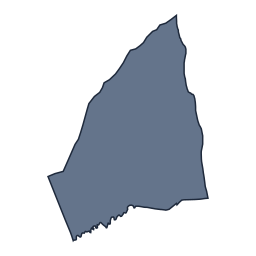 outline of Barh-Sara, Mandoul, Chad
{"feature_id": "50815135B19223233714044", "entity_name": "Barh-Sara", "entity_type": "district", "adm_level": 2, "iso_a3": "TCD", "parent_name": "Chad", "parent_adm1": "Mandoul", "projection": "equal_earth", "projection_center": [17.726, 8.38], "detail": "fine", "context": "isolated", "style": "filled", "palette": "slate", "viewbox_px": 256, "rotation_deg": 0, "n_neighbors": 0, "source": "geoboundaries", "source_scale": "gbopen_adm2", "svg_char_len": 3556}
<svg xmlns="http://www.w3.org/2000/svg" viewBox="0 0 256 256"><path d="M48.0,176.5L61.0,209.2L65.2,219.7L70.5,232.5L71.1,234.2L71.7,235.8L73.2,240.6L73.4,240.3L74.5,240.1L75.9,239.9L76.4,239.1L76.3,237.6L76.3,237.3L76.4,236.4L76.5,236.3L77.0,235.6L77.4,235.5L77.9,235.4L78.9,236.2L79.8,236.9L80.4,237.0L80.5,237.0L81.0,236.6L81.3,235.3L81.7,233.7L82.3,233.0L84.3,233.1L85.2,231.5L85.5,231.4L86.8,231.9L87.4,231.7L89.3,231.1L89.8,232.0L90.0,232.4L90.7,232.6L90.8,232.0L90.9,231.7L90.8,231.1L90.7,230.8L90.9,229.7L91.5,228.1L92.0,228.0L92.5,229.0L93.6,229.6L93.8,228.7L93.7,228.5L93.0,227.7L92.9,227.1L93.0,226.7L93.3,226.3L94.9,225.9L95.0,225.9L95.4,226.2L95.7,227.2L95.9,227.8L96.2,228.1L96.9,228.1L97.2,227.8L97.4,227.7L97.4,227.3L97.5,227.0L97.1,225.9L97.2,225.3L97.3,224.7L97.6,224.8L98.3,225.0L98.8,224.7L100.0,222.6L100.8,222.5L101.3,222.9L102.6,224.3L102.8,224.4L103.3,224.9L105.5,226.6L105.8,227.0L106.3,227.8L106.7,227.6L106.9,227.6L108.1,223.2L108.6,223.2L108.9,223.7L109.0,223.8L109.2,224.1L109.6,224.0L110.0,224.0L110.3,223.2L110.3,222.3L110.3,220.7L110.7,219.2L110.8,218.6L111.5,217.3L112.0,217.1L113.6,217.1L114.0,217.7L114.1,219.0L114.3,219.5L114.4,219.8L114.6,219.8L115.5,219.7L116.0,219.2L116.1,218.9L117.0,216.8L118.5,215.2L119.4,215.1L120.0,215.8L120.2,216.0L120.6,216.4L121.1,216.3L121.6,216.2L122.7,214.7L123.1,214.2L123.5,213.1L124.0,212.6L124.7,212.8L125.7,213.0L125.9,212.9L126.2,212.6L127.3,210.1L127.7,209.3L127.4,207.9L127.6,207.0L127.7,206.9L128.4,206.1L129.1,205.7L129.3,205.5L129.5,205.4L129.8,205.3L130.2,205.3L131.2,205.1L131.9,205.3L132.7,205.6L132.8,205.6L133.3,206.2L134.1,207.9L134.7,207.8L134.8,207.6L135.5,206.4L136.0,206.2L136.8,206.2L138.4,206.2L139.6,206.4L142.0,206.8L144.1,207.2L145.7,207.3L146.1,207.3L146.6,207.3L147.5,207.4L151.2,208.1L155.0,208.8L160.7,209.5L161.3,209.5L164.6,209.9L165.7,210.1L167.0,209.9L167.6,209.7L169.1,209.3L176.4,203.4L176.9,204.4L177.0,204.8L179.6,202.0L180.5,201.3L181.3,200.5L181.6,200.2L183.8,199.8L188.3,199.7L194.7,199.5L196.5,199.4L199.6,199.2L200.4,199.1L200.8,199.1L204.8,198.5L208.0,198.2L207.8,197.3L206.6,191.2L205.9,188.8L205.3,186.7L205.1,185.4L205.0,184.5L204.7,182.0L204.2,178.1L203.7,174.9L203.4,173.2L202.8,168.6L202.7,168.0L201.6,161.6L201.5,160.4L201.4,159.2L201.3,156.3L201.2,153.0L201.3,151.1L202.0,147.7L202.7,144.1L202.7,142.2L202.7,135.8L201.3,128.8L200.3,126.8L199.2,125.0L197.9,121.1L197.5,119.5L195.6,110.5L195.6,107.5L195.6,106.9L195.5,105.1L195.3,102.4L194.9,99.7L194.8,98.8L194.6,98.2L193.9,95.6L193.2,94.7L192.8,94.3L191.9,94.3L191.4,93.9L190.6,93.0L190.0,92.9L188.3,91.9L187.5,89.6L187.1,88.8L187.0,88.1L186.4,86.0L186.2,85.3L185.6,81.5L185.4,79.6L185.3,78.7L184.9,77.5L184.6,76.3L184.4,75.1L184.1,73.4L184.1,73.1L184.1,72.6L184.1,70.9L184.1,64.8L184.1,62.8L184.2,62.3L184.3,61.9L184.6,59.4L184.8,58.7L185.2,56.6L185.4,55.5L185.5,54.9L185.7,54.2L185.9,53.5L185.9,52.8L185.9,49.2L185.5,47.8L185.4,47.2L184.5,45.8L183.1,44.4L181.0,40.4L180.8,39.3L180.5,38.4L180.2,38.1L179.9,37.8L179.7,37.7L179.6,36.8L179.1,34.7L178.4,32.0L178.3,30.0L177.8,29.0L177.6,28.3L177.1,26.4L177.0,26.0L177.0,25.5L176.6,23.5L176.6,22.4L176.6,21.6L176.4,17.3L176.4,15.9L176.4,15.4L171.2,19.4L165.8,23.2L159.9,25.0L156.7,29.7L152.6,31.4L146.8,37.2L143.5,42.6L139.9,45.8L135.7,48.9L130.4,50.3L126.8,56.0L123.4,62.7L119.3,68.8L115.5,74.0L109.5,79.7L104.1,82.8L102.4,87.8L99.7,92.4L94.4,96.5L88.9,103.6L87.4,108.7L85.6,115.2L82.9,125.0L80.6,132.6L78.4,139.3L75.1,144.3L68.2,160.1L63.2,171.4L55.0,173.6L48.0,176.5L48.0,176.5Z" fill="#64748b" stroke="#1e293b" stroke-width="1.5"/></svg>